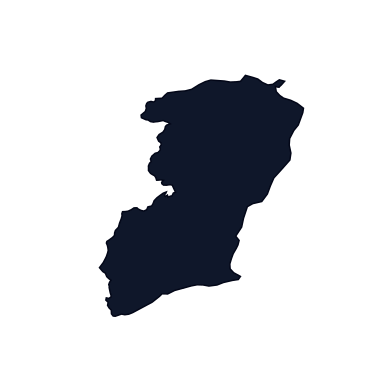 outline of Tuaran, Sabah, Malaysia, rotated 44°
{"feature_id": "92858781B39347348981518", "entity_name": "Tuaran", "entity_type": "district", "adm_level": 2, "iso_a3": "MYS", "parent_name": "Malaysia", "parent_adm1": "Sabah", "projection": "robinson", "projection_center": [116.289, 6.066], "detail": "fine", "context": "isolated", "style": "filled", "palette": "ink", "viewbox_px": 384, "rotation_deg": 44, "n_neighbors": 0, "source": "geoboundaries", "source_scale": "gbopen_adm2", "svg_char_len": 2629}
<svg xmlns="http://www.w3.org/2000/svg" viewBox="0 0 384 384"><g transform="rotate(44 192 192)"><path d="M245.3,282.3L247.9,274.9L256.8,259.9L260.1,255.2L264.5,251.2L269.5,247.9L274.6,241.5L277.5,235.2L282.5,227.5L286.1,222.8L285.5,219.1L278.1,221.1L272.8,220.8L269.2,217.5L266.6,212.5L264.5,207.8L263.0,201.8L261.8,198.1L259.5,194.1L254.1,193.4L252.1,182.8L247.3,175.1L242.0,164.1L243.8,158.1L248.8,150.4L247.6,141.1L244.1,133.1L241.1,125.0L240.8,114.7L240.2,101.0L236.1,95.3L229.3,90.7L225.1,85.7L222.5,77.0L221.9,70.0L216.6,58.0L214.0,54.3L206.0,55.2L199.2,57.5L192.6,60.9L188.0,61.6L182.9,61.3L178.6,58.1L180.6,57.1L181.3,56.6L181.8,56.1L181.7,56.0L181.9,53.0L181.7,48.0L176.9,50.6L176.0,54.7L175.4,58.3L172.2,62.3L166.6,64.3L160.9,65.0L156.2,67.3L149.4,71.0L149.7,74.3L150.0,78.7L147.3,82.0L143.2,86.3L138.2,89.7L127.8,98.4L124.9,103.4L122.5,110.0L120.4,118.4L116.9,124.0L112.4,129.0L109.2,133.1L105.6,137.7L105.3,141.1L105.3,145.4L100.9,150.1L102.3,151.7L101.9,154.0L99.6,155.3L97.9,158.1L97.9,159.8L99.0,162.1L101.1,163.6L102.5,166.6L101.9,172.0L104.0,173.7L108.7,172.0L110.4,170.7L113.2,170.2L115.7,168.5L117.0,166.8L118.5,165.1L121.6,160.6L123.8,159.8L126.5,158.5L129.0,158.1L127.3,161.5L127.4,163.4L129.0,166.0L129.5,169.2L128.4,173.5L129.0,177.1L132.7,178.6L135.4,178.2L137.1,179.4L137.5,182.0L139.0,182.8L140.1,184.1L140.1,187.3L138.6,189.7L138.2,194.0L139.2,197.2L141.5,198.4L141.5,200.8L142.6,203.6L143.7,204.6L145.8,206.8L149.2,207.4L151.3,207.0L153.8,206.3L156.0,206.8L158.3,208.1L159.8,206.6L161.0,205.1L163.4,203.4L163.4,206.1L164.6,207.0L166.8,206.8L169.1,204.6L170.2,203.1L171.6,201.6L173.1,200.8L176.3,202.1L180.3,203.6L179.3,205.7L180.3,208.7L179.3,210.0L178.4,212.5L176.5,211.3L175.9,213.8L174.2,213.2L174.0,211.0L173.5,209.8L172.1,212.8L171.4,216.6L170.8,220.4L170.8,224.5L172.1,227.5L172.7,230.1L170.6,233.3L171.7,236.2L170.6,239.2L168.0,240.7L165.1,241.6L163.4,241.6L161.3,243.7L160.6,246.9L159.4,250.1L157.7,252.3L155.7,254.4L156.6,256.3L158.3,257.8L159.8,260.6L161.5,264.7L163.6,268.5L163.6,272.8L164.7,275.1L166.4,277.1L166.4,280.0L165.7,284.1L165.1,286.7L165.9,288.2L168.2,289.2L169.9,290.3L172.3,292.2L173.6,294.4L175.2,297.8L176.1,300.6L177.2,304.4L178.0,310.7L183.1,311.2L186.1,310.6L189.5,312.1L192.4,312.1L195.0,311.7L195.4,314.2L196.4,316.4L198.1,317.4L198.8,318.3L203.2,321.3L205.6,322.6L206.6,323.6L206.2,326.2L203.9,327.7L205.1,329.6L208.3,329.6L210.0,332.2L213.0,333.0L215.9,333.0L218.7,335.6L221.4,336.0L223.1,334.7L226.1,328.8L228.9,327.0L231.4,323.8L233.1,320.0L239.9,298.8L241.1,289.7L241.2,286.0L243.9,283.5L245.3,282.3Z" fill="#0f172a" stroke="#020617" stroke-width="1.5"/></g></svg>